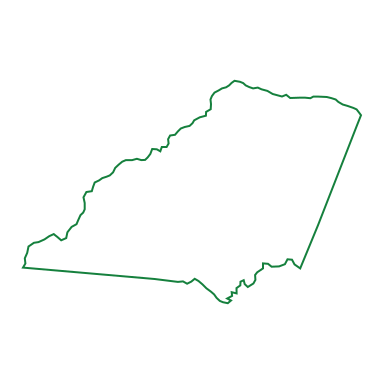 Igarapé do Meio, Maranhão, Brazil
{"feature_id": "56859067B89604719591718", "entity_name": "Igarapé do Meio", "entity_type": "district", "adm_level": 2, "iso_a3": "BRA", "parent_name": "Brazil", "parent_adm1": "Maranhão", "projection": "mercator", "projection_center": [-45.138, -3.653], "detail": "fine", "context": "isolated", "style": "outline", "palette": "green", "viewbox_px": 384, "rotation_deg": 0, "n_neighbors": 0, "source": "geoboundaries", "source_scale": "gbopen_adm2", "svg_char_len": 1762}
<svg xmlns="http://www.w3.org/2000/svg" viewBox="0 0 384 384"><path d="M177.9,281.9L183.0,281.4L187.1,283.7L191.3,281.6L194.7,278.8L198.5,281.0L202.5,284.4L206.4,288.3L211.0,291.7L214.1,294.4L216.6,297.9L219.8,300.9L222.9,302.2L227.8,303.2L231.0,300.5L227.2,298.5L232.1,295.9L231.7,292.2L236.6,293.4L236.5,288.1L240.3,285.4L240.5,281.7L243.7,280.2L244.7,284.1L247.8,287.0L253.4,283.5L255.4,279.9L255.1,275.0L257.2,272.3L263.0,268.4L263.0,263.4L268.0,263.8L271.6,266.7L279.1,266.4L284.9,264.2L287.5,259.3L292.0,259.7L294.5,264.4L300.2,268.4L318.1,225.0L356.8,125.8L361.0,115.2L359.0,112.5L356.6,109.4L353.3,107.9L347.5,105.9L342.7,104.5L338.3,101.9L335.7,99.5L331.3,98.1L326.8,97.0L322.7,96.8L318.0,96.6L313.3,96.6L310.4,98.2L305.3,97.7L299.0,97.7L290.2,98.0L286.2,94.8L282.0,96.5L272.7,94.0L267.4,90.9L261.5,89.3L257.8,87.6L253.1,88.4L249.3,87.1L245.7,85.4L243.2,83.1L240.0,81.8L234.5,80.8L231.6,82.9L229.1,85.4L226.1,87.3L222.0,88.4L218.7,90.4L214.5,92.6L211.9,96.1L210.5,99.5L211.0,104.1L210.7,109.2L206.1,111.9L205.9,115.7L199.8,117.3L194.2,120.3L192.5,123.2L189.6,125.9L184.7,127.0L180.8,128.5L177.9,131.4L175.0,134.8L170.1,135.5L168.1,139.2L168.6,143.5L166.6,147.0L161.8,147.0L160.3,151.3L156.8,149.3L152.2,149.0L150.3,154.0L147.6,157.5L145.1,159.9L141.3,160.1L136.9,158.8L132.2,160.1L125.9,160.1L122.2,161.7L118.6,164.7L115.2,167.9L113.1,172.3L109.8,175.4L106.6,176.7L102.3,178.1L99.1,180.4L94.7,182.5L93.1,186.8L91.8,191.2L86.4,192.0L83.5,197.3L84.7,203.0L84.7,209.3L83.2,212.6L80.5,215.1L78.1,220.4L76.5,224.2L71.6,226.9L67.4,232.3L66.2,238.1L61.2,240.3L57.4,237.0L53.7,234.1L49.2,236.2L44.5,239.4L38.5,242.1L33.9,242.8L28.5,246.5L27.2,252.9L24.8,258.3L25.4,263.5L23.0,267.6L154.6,279.0L177.9,281.9Z" fill="none" stroke="#15803d" stroke-width="2"/></svg>